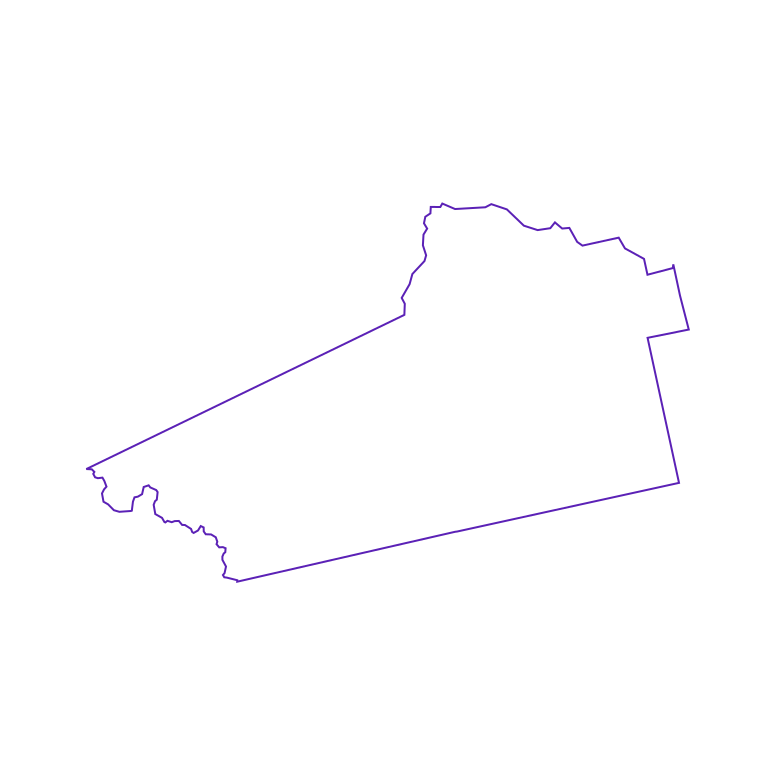 Clearwater, Idaho, United States of America (orthographic projection), rotated 167°
{"feature_id": "52423323B35021459079911", "entity_name": "Clearwater", "entity_type": "district", "adm_level": 2, "iso_a3": "USA", "parent_name": "United States of America", "parent_adm1": "Idaho", "projection": "orthographic", "projection_center": [-115.257, 46.6], "detail": "fine", "context": "isolated", "style": "outline", "palette": "violet", "viewbox_px": 768, "rotation_deg": 167, "n_neighbors": 0, "source": "geoboundaries", "source_scale": "gbopen_adm2", "svg_char_len": 1457}
<svg xmlns="http://www.w3.org/2000/svg" viewBox="0 0 768 768"><g transform="rotate(167 384 384)"><path d="M74.8,368.5L75.7,403.6L75.2,435.5L76.5,432.0L102.7,431.2L102.5,447.4L118.7,461.9L122.4,473.8L159.5,474.2L163.8,479.0L168.3,494.4L175.4,495.4L181.1,503.0L186.9,498.4L199.7,499.4L212.1,506.8L225.0,526.5L239.0,535.1L245.5,533.4L275.4,538.5L286.6,546.7L289.3,543.8L298.6,546.0L300.4,539.8L306.1,537.7L308.9,531.6L307.0,525.7L311.9,520.7L314.9,510.4L314.0,499.9L316.9,494.7L331.6,484.8L336.6,475.5L347.4,463.9L345.7,457.5L348.6,446.8L476.0,417.7L693.2,368.1L687.9,366.6L686.0,363.5L687.5,361.8L686.5,358.1L684.0,356.6L679.4,356.1L678.3,352.4L677.5,346.4L680.5,344.3L683.4,340.8L683.8,332.4L679.9,328.8L675.6,321.8L670.6,319.0L666.1,318.3L659.2,317.2L658.2,317.3L655.1,325.8L652.6,329.7L649.2,329.6L644.5,331.1L641.3,337.7L636.1,338.2L635.0,335.8L629.8,331.9L628.9,329.6L631.4,322.4L633.5,321.3L635.6,318.1L636.1,308.7L630.4,303.5L629.0,298.9L628.2,298.3L625.8,299.4L621.9,297.1L618.8,297.5L614.7,296.7L612.4,292.1L609.7,291.4L604.6,286.2L604.2,283.0L603.0,281.7L598.2,283.1L594.5,286.8L592.0,284.8L592.8,280.9L591.5,277.7L586.3,276.3L582.4,272.5L581.9,267.8L583.2,265.6L581.3,261.9L577.7,261.3L575.3,259.6L576.5,255.8L578.3,254.9L580.3,252.2L581.0,249.0L579.0,241.7L581.9,235.6L583.9,234.1L583.1,231.6L580.7,230.7L571.1,225.8L571.5,224.4L347.9,224.0L345.9,223.8L118.8,221.3L116.8,369.7L74.8,368.5Z" fill="none" stroke="#5b21b6" stroke-width="2"/></g></svg>